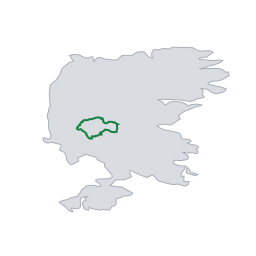 Westmeath highlighted on a map of Ireland, rotated 194°
{"feature_id": "IRL-717", "entity_name": "Westmeath", "entity_type": "County", "adm_level": 1, "iso_a3": "IRL", "parent_name": "Ireland", "parent_adm1": "", "projection": "equal_earth", "projection_center": [-7.391, 53.56], "detail": "fine", "context": "in_parent", "style": "outline", "palette": "green", "viewbox_px": 256, "rotation_deg": 194, "n_neighbors": 0, "source": "natural_earth", "source_scale": "10m", "svg_char_len": 6108}
<svg xmlns="http://www.w3.org/2000/svg" viewBox="0 0 256 256"><g transform="rotate(194 128 128)"><path d="M167.0,46.2L160.9,49.3L160.0,50.5L158.3,55.1L158.1,56.5L154.3,61.7L152.1,62.7L148.9,63.6L147.0,64.4L144.7,64.0L141.8,64.1L140.4,65.0L140.4,65.7L141.3,66.5L146.7,68.9L146.4,69.9L144.9,71.1L135.2,73.9L132.3,75.6L131.3,76.7L132.3,78.6L140.0,84.2L141.3,84.8L142.4,88.1L149.3,89.5L152.0,91.6L154.4,92.1L159.7,91.9L161.8,92.7L163.0,92.1L163.6,91.0L169.5,87.0L167.7,84.0L173.6,78.9L175.2,78.9L177.9,80.5L180.2,82.7L181.0,85.6L183.1,88.2L184.5,89.1L188.3,89.6L189.2,90.6L188.5,94.4L189.1,95.7L198.7,95.6L202.5,93.9L205.8,94.2L207.4,95.9L208.2,97.7L205.3,98.3L202.4,98.0L200.9,99.1L200.8,101.3L201.9,104.2L203.9,106.2L205.5,110.8L206.9,115.9L209.0,119.0L209.4,122.8L209.1,124.7L209.5,128.0L208.7,129.2L209.4,132.4L212.9,142.7L213.7,150.7L212.0,153.7L209.7,156.6L208.2,160.0L207.1,163.7L206.4,169.6L201.5,176.6L199.3,178.3L196.9,179.4L202.3,184.2L197.9,186.4L193.0,187.1L187.7,185.9L184.3,186.0L180.1,188.6L179.1,188.1L177.1,184.1L175.6,188.2L172.6,189.6L167.3,189.3L158.4,190.4L155.0,191.6L153.6,193.4L152.5,195.6L151.2,196.8L149.6,197.5L142.8,199.1L141.4,199.7L138.2,203.2L134.1,205.2L130.6,205.8L127.6,203.7L126.3,202.5L124.9,201.9L120.2,202.0L121.7,202.6L122.6,204.1L123.1,206.8L122.5,209.5L120.2,210.8L117.4,211.1L113.0,213.8L107.3,214.6L104.1,217.2L84.9,221.5L83.9,221.5L81.2,220.4L78.4,220.0L75.5,220.3L67.5,222.7L63.6,222.2L68.6,216.2L75.3,213.2L76.0,212.4L73.9,211.9L61.2,214.1L56.8,215.8L52.4,216.4L54.5,213.6L60.2,209.9L65.1,207.4L67.3,205.2L73.3,202.7L54.0,207.9L49.0,207.2L47.8,205.8L43.9,206.5L42.5,203.0L48.4,197.7L51.8,195.5L55.8,194.3L59.7,192.5L61.2,190.4L59.4,189.7L47.8,190.2L42.3,189.8L42.6,188.1L43.7,186.2L49.5,183.0L52.6,182.5L55.3,182.8L60.2,184.7L66.7,184.1L64.0,182.0L63.6,177.9L61.6,176.5L64.3,174.6L67.3,173.4L72.4,169.4L74.3,168.8L84.3,167.8L95.1,165.8L105.8,162.9L100.3,161.3L97.7,159.1L93.5,163.4L90.4,165.1L81.8,165.9L79.1,165.5L75.3,164.1L74.1,164.6L73.0,165.7L67.3,167.8L61.3,168.3L68.3,164.4L77.2,157.9L79.2,155.8L82.0,152.2L81.2,150.6L79.4,149.7L85.9,142.4L88.1,141.0L92.2,140.8L95.2,139.7L96.5,139.6L97.7,139.2L100.3,137.0L96.3,135.6L92.2,134.9L79.3,135.7L77.6,135.5L76.0,134.8L75.0,133.8L74.2,131.4L73.3,130.8L70.4,130.8L67.5,131.6L65.5,131.5L63.6,130.4L66.7,127.8L62.7,127.3L58.6,127.7L55.2,127.0L55.2,125.4L56.7,123.8L54.7,122.3L54.4,120.4L56.5,119.4L58.9,119.8L63.7,118.3L69.8,117.7L64.6,116.3L62.5,115.1L62.4,113.3L62.9,111.7L69.0,109.1L75.5,107.9L75.1,106.2L75.5,104.3L69.0,103.8L62.5,105.1L63.3,101.5L64.9,98.3L65.2,96.2L65.0,93.9L61.9,94.9L61.6,91.7L60.4,89.5L55.9,91.0L56.0,88.1L57.4,86.1L59.7,85.2L62.0,85.6L66.3,85.6L70.5,84.0L76.5,83.7L86.0,84.1L92.5,88.4L94.2,87.6L96.9,84.9L98.1,84.6L108.0,85.8L114.1,87.4L115.8,86.9L114.9,83.9L112.8,81.8L115.5,79.1L118.7,77.3L120.9,76.3L125.8,75.2L128.0,74.1L129.5,70.6L131.8,67.7L119.3,69.2L107.5,65.8L109.4,63.4L111.9,62.0L116.2,60.9L116.7,59.7L118.9,58.6L122.5,55.9L121.2,52.3L121.9,49.6L124.5,47.9L125.3,45.5L126.5,43.7L131.8,43.0L136.8,41.3L144.6,41.1L146.6,41.8L146.2,38.8L149.8,38.5L151.2,39.0L151.9,41.1L153.5,42.5L154.0,44.8L152.9,46.6L151.0,48.0L152.8,49.4L150.1,52.0L153.0,50.9L157.0,48.4L156.8,46.3L156.1,43.7L155.0,41.4L155.5,38.9L157.8,37.3L163.8,36.5L161.3,33.5L163.5,33.3L165.9,33.9L169.4,36.1L176.8,39.3L173.2,42.2L168.8,44.1L167.0,46.2ZM61.2,102.7L61.1,104.1L58.2,102.4L56.9,100.5L49.0,99.6L52.3,97.7L53.9,98.3L59.5,98.3L61.0,99.1L61.2,102.7Z" fill="#d9dde1" stroke="#a8b0b8" stroke-width="1"/><path d="M162.4,108.4L164.4,109.3L165.0,109.7L165.2,110.0L165.9,110.8L166.5,111.1L166.8,111.4L166.9,111.6L167.0,111.8L167.0,112.0L167.0,112.4L167.1,112.6L167.3,112.7L169.3,113.7L170.3,114.1L170.6,114.2L170.9,114.2L171.3,114.3L171.8,114.5L172.7,115.1L173.2,115.4L173.5,115.5L174.1,115.1L174.3,115.0L174.8,114.8L175.1,114.6L175.3,114.5L175.5,114.4L176.0,114.5L176.5,114.6L177.2,115.0L177.5,115.3L177.6,115.5L177.5,115.9L177.5,116.0L177.4,116.2L177.1,116.4L177.0,116.6L176.9,116.7L176.8,116.9L176.8,117.3L176.7,117.7L176.5,118.0L176.4,118.2L176.4,118.4L176.4,118.6L176.3,118.8L176.1,118.9L175.6,119.0L175.4,119.0L175.2,119.1L175.1,119.5L175.1,119.8L175.3,120.3L175.3,120.6L175.3,120.8L175.0,121.3L174.9,121.7L174.8,122.0L174.7,122.4L174.6,122.6L174.3,122.7L174.2,122.7L173.8,122.6L173.6,122.6L173.5,122.8L173.6,123.4L173.5,123.6L173.5,123.8L173.4,123.9L173.3,124.1L173.2,124.3L173.0,124.5L172.8,124.7L171.8,125.2L171.4,125.4L170.9,125.4L170.4,125.4L170.2,125.4L170.0,125.5L169.9,125.6L169.7,125.7L169.1,125.9L168.8,126.1L168.5,126.3L167.5,127.2L167.0,127.5L165.5,127.7L165.2,127.8L165.0,128.0L161.2,130.5L158.9,131.2L158.4,131.3L158.0,131.2L157.7,131.0L157.6,130.9L157.0,130.9L156.8,130.8L156.5,130.5L156.2,130.5L155.8,130.4L155.6,130.5L155.5,130.9L155.5,131.2L155.3,131.2L155.1,131.2L154.9,130.9L154.5,130.3L154.0,129.6L153.9,129.4L153.6,128.6L153.6,128.2L153.3,127.9L152.7,127.7L152.0,127.3L151.5,127.2L151.1,127.2L150.7,127.2L149.5,127.8L148.9,128.3L148.6,128.5L148.5,128.9L148.5,129.1L148.1,129.3L146.1,129.9L144.9,130.1L143.4,129.9L143.0,129.9L142.8,130.0L142.6,130.3L142.4,130.3L142.2,130.2L141.6,130.0L141.2,129.8L141.1,129.7L140.9,129.6L140.6,129.5L138.8,129.2L139.3,128.8L139.3,127.7L138.3,124.9L138.3,124.6L138.5,124.0L138.5,123.3L138.1,121.6L139.7,120.8L140.4,120.6L143.3,120.3L143.8,120.3L144.1,120.4L144.3,120.5L144.6,120.7L146.0,121.1L147.7,121.2L149.3,120.9L149.9,120.8L150.2,120.6L150.2,120.2L150.3,120.0L150.3,119.9L150.9,119.4L151.0,119.2L151.3,118.7L151.8,118.3L152.0,118.1L152.1,117.9L152.3,117.7L152.7,117.4L153.4,117.2L153.7,117.0L153.8,116.8L153.8,116.4L153.6,116.2L152.3,115.5L152.2,115.4L152.1,115.2L152.4,115.0L152.6,115.0L152.8,115.1L153.2,115.2L153.4,115.3L153.6,115.2L153.9,114.8L154.9,114.2L155.0,114.1L155.4,113.5L155.8,113.1L156.0,112.9L157.0,112.8L157.2,112.7L157.4,112.6L157.7,112.2L158.0,111.9L158.2,111.7L158.4,111.6L158.6,111.5L158.8,111.5L159.1,111.5L159.7,111.6L160.2,111.6L160.5,111.5L160.7,111.4L160.8,111.3L160.9,111.2L161.0,111.0L161.0,110.8L161.1,110.4L161.1,110.2L160.9,109.7L160.7,109.4L160.5,109.2L162.4,108.4Z" fill="none" stroke="#15803d" stroke-width="2"/></g></svg>